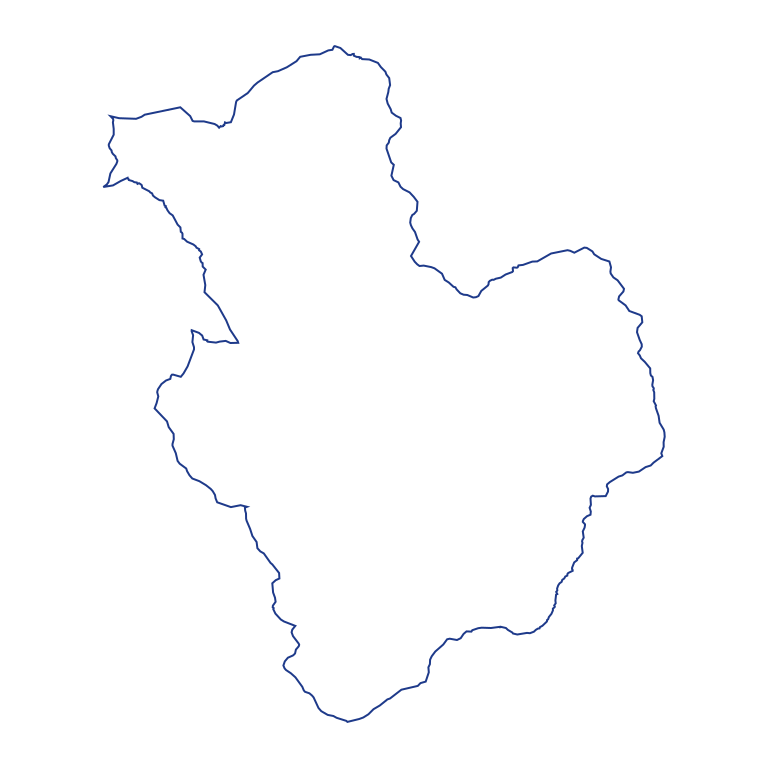 Ghimes-Faget, Bacau, Romania
{"feature_id": "2599482B75132506391920", "entity_name": "Ghimes-Faget", "entity_type": "district", "adm_level": 2, "iso_a3": "ROU", "parent_name": "Romania", "parent_adm1": "Bacau", "projection": "robinson", "projection_center": [26.074, 46.623], "detail": "fine", "context": "isolated", "style": "outline", "palette": "blue", "viewbox_px": 768, "rotation_deg": 0, "n_neighbors": 0, "source": "geoboundaries", "source_scale": "gbopen_adm2", "svg_char_len": 6091}
<svg xmlns="http://www.w3.org/2000/svg" viewBox="0 0 768 768"><path d="M641.7,316.3L639.7,314.8L629.3,311.0L625.6,305.4L618.7,300.3L618.4,299.4L619.1,296.4L623.4,291.5L624.0,288.8L617.6,280.3L613.4,277.4L610.7,273.5L610.4,271.6L611.0,267.3L609.4,261.5L601.2,258.9L594.2,254.3L592.4,251.4L586.8,247.9L584.3,247.6L574.3,252.7L570.2,250.8L567.5,250.2L551.1,253.5L537.3,261.4L532.3,261.6L523.0,264.9L518.5,265.4L517.7,267.3L516.9,267.7L513.4,267.4L512.7,268.1L513.0,271.1L512.3,272.0L505.6,274.5L500.8,277.6L495.9,278.7L493.7,279.8L492.2,279.7L489.9,280.8L488.7,282.1L488.5,284.4L487.8,285.6L481.3,290.9L478.4,296.1L475.9,297.2L473.2,297.5L467.3,295.0L463.6,294.7L460.3,293.3L456.6,289.4L455.4,287.3L453.5,286.8L448.8,282.5L444.7,279.9L442.0,273.7L434.5,268.3L431.2,267.1L423.7,265.6L419.5,266.0L417.2,264.3L414.7,261.7L411.0,256.0L419.1,241.8L417.6,239.5L415.0,232.0L412.5,228.5L410.9,225.2L410.2,222.6L410.8,218.1L412.3,215.0L414.1,213.9L416.8,210.8L417.5,201.8L413.8,196.9L409.6,192.4L403.1,189.1L400.5,186.7L398.4,182.4L393.6,180.1L391.4,175.7L393.8,164.8L391.2,162.4L386.5,148.6L386.7,145.4L388.8,142.6L389.2,140.2L390.4,137.7L395.6,133.9L401.0,127.2L400.7,123.3L401.1,120.5L400.5,118.0L396.0,115.8L391.7,112.6L390.7,109.2L387.7,103.6L386.5,98.9L388.3,92.1L388.7,88.8L390.1,85.1L389.2,78.1L386.4,74.5L385.4,71.7L380.8,67.0L377.9,62.9L369.3,59.5L362.1,59.1L360.8,57.6L359.7,58.2L359.6,57.2L359.1,57.0L356.6,56.9L353.9,55.7L353.8,53.9L352.6,54.0L350.7,55.1L347.9,54.8L340.4,48.0L334.8,46.1L334.0,46.5L332.4,49.8L328.3,50.4L319.8,54.3L310.6,54.8L300.2,56.8L296.5,61.2L286.8,67.3L277.9,71.2L272.7,72.2L257.6,82.5L254.0,85.6L247.8,93.0L236.8,100.5L236.1,102.0L234.0,114.5L230.9,122.2L226.2,123.0L225.0,122.4L224.3,125.0L223.6,125.0L223.2,126.1L221.5,126.5L220.7,126.1L219.1,127.7L217.3,125.6L214.6,124.0L203.9,121.4L194.2,121.4L192.6,120.9L190.2,116.1L180.3,107.3L144.7,114.7L141.5,116.8L136.1,118.8L119.1,118.2L110.5,116.2L113.1,118.9L113.3,120.5L112.9,122.3L113.7,128.9L113.7,134.7L108.8,144.3L108.8,145.7L109.7,148.3L111.5,150.4L111.8,152.1L112.8,153.8L115.5,156.4L115.8,158.0L117.3,160.3L117.3,161.4L116.4,163.9L110.4,173.4L108.5,182.1L106.8,184.5L103.3,187.0L113.0,185.4L120.7,181.0L127.4,177.9L127.4,178.4L128.3,178.6L128.8,180.0L132.6,181.1L134.3,182.2L136.8,182.5L137.5,183.9L139.0,183.2L140.5,184.1L141.7,185.1L142.3,187.7L149.3,191.3L150.2,192.4L152.1,193.4L153.0,195.6L155.0,197.3L159.4,200.1L163.2,200.7L164.6,205.6L165.9,206.2L165.5,207.3L166.4,207.9L167.5,210.3L169.6,213.2L172.7,215.4L177.6,224.6L180.4,227.4L180.8,231.8L182.0,232.7L182.5,233.8L182.5,238.5L184.2,239.0L187.1,241.7L193.4,244.5L195.7,246.3L196.5,247.7L199.2,249.1L199.1,250.3L200.8,251.5L202.1,254.4L199.7,257.6L200.7,261.1L201.5,262.4L202.6,263.1L202.7,266.6L205.7,269.6L203.5,274.8L205.3,285.1L204.5,292.2L217.8,305.4L226.2,320.4L230.0,329.5L237.7,341.1L238.2,342.8L230.4,343.0L225.7,340.9L219.7,341.6L216.0,342.6L207.8,341.7L207.2,341.3L207.3,340.3L203.6,339.5L202.2,335.6L199.0,332.9L191.7,330.2L191.6,331.1L193.1,335.2L192.4,342.1L194.0,347.2L194.0,349.4L187.6,366.4L183.5,373.5L180.8,376.8L173.1,374.6L171.9,374.7L170.9,376.1L170.3,378.9L166.0,380.5L161.5,384.0L158.0,389.2L157.4,391.1L157.2,392.3L158.3,396.4L156.6,403.1L154.6,408.4L167.0,421.4L168.7,427.1L173.6,433.9L173.8,439.2L172.5,444.0L172.5,445.7L175.8,453.2L177.6,460.9L179.7,463.7L186.2,468.5L187.1,471.2L189.5,475.3L192.3,478.5L199.4,481.2L206.0,485.2L210.8,489.0L212.7,491.1L215.0,495.0L215.6,498.4L217.2,502.3L230.9,507.1L240.6,505.2L247.0,506.8L244.9,507.6L245.2,510.7L246.0,513.4L246.1,518.7L246.6,520.7L250.1,528.9L252.4,536.0L256.6,542.0L257.4,548.2L260.3,551.4L263.8,553.4L270.6,563.0L272.3,564.4L279.1,573.0L279.4,578.5L275.7,580.2L272.3,583.3L273.1,592.5L275.0,597.7L275.6,601.8L272.9,605.6L272.7,607.3L273.7,608.1L273.3,609.2L275.4,613.6L280.8,619.5L284.0,621.5L295.3,625.9L292.3,629.6L291.6,632.3L293.0,636.1L298.7,643.6L299.2,644.8L298.7,646.3L295.9,649.6L295.1,653.3L294.4,654.2L292.9,655.5L287.9,657.7L284.8,661.4L283.4,665.5L284.6,668.4L286.1,670.1L290.8,673.2L295.4,677.3L302.3,686.8L303.8,690.4L305.0,691.8L309.4,693.3L312.0,695.5L313.6,697.4L318.5,708.0L321.3,711.2L327.7,714.9L333.4,716.0L336.6,717.8L346.4,720.9L347.4,721.9L359.2,719.0L363.3,717.5L368.4,714.3L373.5,709.2L379.8,705.5L387.4,699.4L390.0,698.5L401.4,689.7L417.8,685.9L420.5,683.1L425.7,681.6L428.8,672.3L428.4,667.3L429.9,664.2L430.1,659.7L431.7,656.3L435.3,651.5L443.3,644.5L447.1,639.3L449.7,638.7L457.0,640.0L460.7,638.2L463.6,633.9L466.5,631.4L471.4,631.6L472.3,630.2L478.2,628.2L481.7,627.7L491.0,628.0L500.2,626.8L500.2,627.2L501.6,627.0L505.9,628.0L507.9,629.9L512.3,632.5L513.0,633.5L517.3,634.5L527.0,632.9L529.9,633.2L533.9,631.7L535.9,629.8L537.9,628.6L539.5,628.4L540.0,627.1L542.4,625.8L546.9,621.5L547.1,620.0L548.1,619.3L548.9,617.0L551.4,613.9L552.9,610.5L552.9,608.6L554.6,607.2L554.8,606.5L554.2,605.4L555.7,603.3L555.4,600.5L556.1,594.6L557.3,594.0L556.2,591.9L557.3,590.5L557.1,588.5L558.2,585.4L559.6,583.3L561.6,581.9L562.3,579.8L564.2,578.5L565.3,576.5L567.3,575.6L567.4,574.1L568.2,573.0L572.7,570.8L572.5,569.5L572.0,569.0L572.1,567.7L574.2,562.4L577.1,560.2L577.1,558.6L578.2,558.3L582.7,552.8L581.8,546.0L582.5,542.8L582.1,541.7L582.3,540.2L583.7,537.7L582.8,531.4L584.6,527.6L585.0,525.2L585.0,524.3L582.8,521.9L582.9,521.0L583.8,519.0L587.0,516.2L590.5,514.7L590.8,511.5L589.6,507.8L590.9,504.9L590.5,498.5L591.2,496.6L592.8,495.7L594.9,496.4L605.7,496.1L608.0,491.6L608.1,489.0L606.8,486.3L607.1,484.4L609.8,482.1L618.6,476.6L622.4,475.4L626.3,472.4L627.9,472.1L632.9,472.8L638.9,471.6L645.6,467.1L650.7,465.5L653.6,462.6L662.3,456.1L661.3,453.3L663.7,446.8L663.6,442.2L664.7,436.8L664.4,432.4L663.7,429.6L659.6,422.8L658.6,415.8L655.9,408.1L655.6,406.2L656.0,405.5L653.7,401.2L654.3,398.9L654.2,392.3L653.3,389.9L653.8,388.9L653.6,387.9L652.5,386.4L652.3,384.8L653.1,380.2L652.5,376.9L650.9,375.5L650.3,373.2L650.2,368.4L644.8,361.9L641.0,358.3L639.8,355.5L638.0,353.2L638.6,351.5L639.9,350.3L641.8,346.7L641.7,344.2L639.7,339.9L637.0,332.2L637.6,327.9L642.3,322.3L641.7,316.3Z" fill="none" stroke="#1e3a8a" stroke-width="2"/></svg>